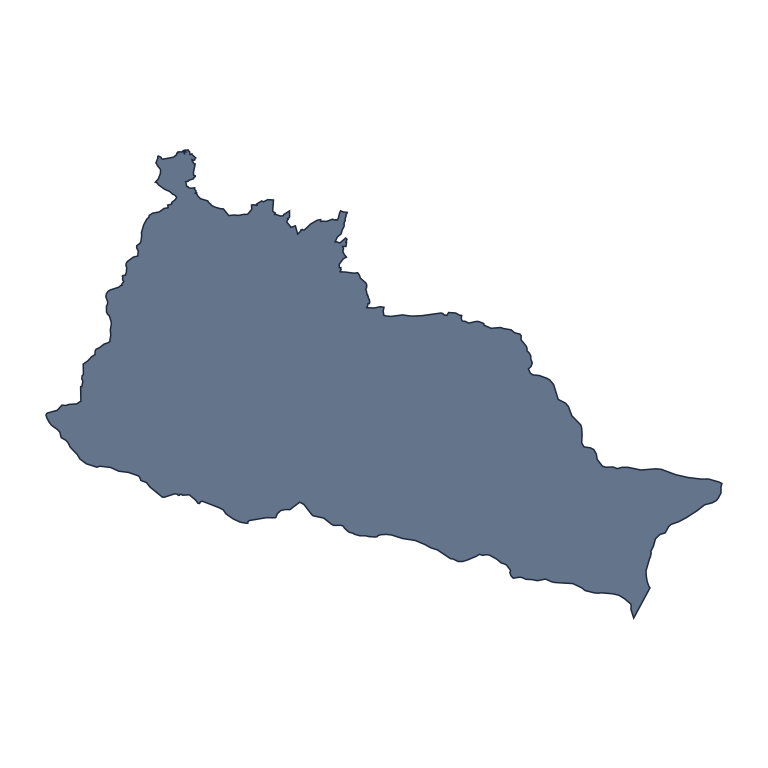 Sacel, Maramures, Romania
{"feature_id": "2599482B54515927208841", "entity_name": "Sacel", "entity_type": "district", "adm_level": 2, "iso_a3": "ROU", "parent_name": "Romania", "parent_adm1": "Maramures", "projection": "equal_earth", "projection_center": [24.452, 47.623], "detail": "fine", "context": "isolated", "style": "filled", "palette": "slate", "viewbox_px": 768, "rotation_deg": 0, "n_neighbors": 0, "source": "geoboundaries", "source_scale": "gbopen_adm2", "svg_char_len": 6093}
<svg xmlns="http://www.w3.org/2000/svg" viewBox="0 0 768 768"><path d="M633.7,618.1L650.0,587.8L648.8,586.2L647.2,581.5L646.3,576.2L646.0,570.9L649.6,558.5L650.3,557.2L651.2,553.0L650.8,551.4L653.3,546.6L655.5,538.8L659.9,534.5L665.2,532.9L668.6,526.7L670.9,524.5L679.0,521.6L686.1,517.8L697.0,510.8L704.6,504.8L712.4,502.8L716.4,500.5L718.3,498.1L721.0,493.0L721.0,487.1L721.9,483.4L718.6,481.9L708.5,479.0L701.4,479.1L688.1,477.5L675.7,474.7L661.3,469.3L655.9,468.8L641.0,470.0L627.9,467.3L622.2,467.3L617.1,468.6L613.2,467.0L605.6,467.2L602.4,466.1L597.2,459.4L596.3,453.9L593.8,449.6L590.6,447.9L583.9,446.8L581.7,442.9L582.1,434.6L581.7,428.1L580.8,425.0L571.8,415.7L568.5,406.7L565.6,403.2L558.2,399.4L553.6,384.5L549.6,379.8L546.7,378.2L539.2,375.5L533.0,374.9L530.3,373.1L528.4,369.0L531.1,366.4L532.3,362.9L530.8,359.0L530.8,356.0L529.3,353.1L526.9,350.6L527.1,348.8L526.4,346.4L521.3,340.1L521.0,339.2L521.2,335.8L519.8,334.0L514.6,332.8L511.1,329.8L503.4,328.5L500.7,327.5L491.1,328.3L484.1,325.2L483.9,323.8L483.4,323.3L478.1,321.4L475.9,321.5L468.7,323.1L465.1,321.3L462.4,321.1L461.8,320.3L461.2,317.6L461.8,315.7L461.1,315.2L459.9,315.4L455.6,313.0L448.7,312.5L446.8,315.4L444.2,314.9L442.8,313.5L441.1,313.0L421.6,315.7L411.3,316.1L402.4,314.9L391.2,316.4L386.0,316.0L383.8,315.2L383.2,311.1L384.0,307.3L380.5,306.7L374.0,308.0L366.7,307.7L367.6,306.0L368.0,303.5L369.4,303.6L369.7,302.1L369.4,299.8L368.1,297.3L368.2,296.3L367.1,294.8L367.4,294.5L367.0,294.2L366.4,290.9L365.7,289.4L366.6,287.6L366.3,286.3L366.8,286.1L366.7,284.8L365.9,283.0L360.4,278.2L359.5,275.3L357.7,272.7L354.2,273.2L345.0,272.0L340.2,271.8L339.7,272.2L341.1,269.7L340.8,269.4L340.9,267.6L339.2,267.6L339.3,264.2L343.2,258.9L346.5,257.1L344.5,254.9L343.2,252.4L342.9,250.9L343.6,248.9L342.5,246.5L345.9,246.5L346.6,242.1L345.8,242.0L347.0,239.3L345.7,238.0L339.8,243.0L336.5,241.7L335.2,242.1L335.2,241.6L337.4,237.0L341.1,233.9L342.2,230.0L344.1,226.4L344.2,222.4L345.2,220.9L345.2,218.5L346.1,216.0L346.0,214.6L347.0,213.5L347.2,212.3L343.4,212.0L340.6,210.8L339.6,212.9L338.3,218.1L337.1,220.2L335.9,219.6L334.9,220.2L332.6,219.2L326.1,221.5L323.1,221.1L321.0,221.6L320.7,219.6L317.2,220.2L310.8,223.9L304.4,229.9L303.0,230.1L302.4,229.4L300.7,230.1L300.4,231.4L297.7,234.1L295.4,225.8L290.7,227.4L290.1,226.0L286.8,222.1L287.5,220.0L288.2,219.4L287.6,218.5L288.7,218.2L289.6,216.8L289.5,210.9L283.7,214.6L283.1,215.8L280.4,216.0L275.6,214.3L274.8,214.5L275.3,213.0L273.0,211.5L272.7,210.7L273.5,200.0L267.8,199.6L263.5,201.8L261.7,200.9L256.5,204.1L257.1,205.3L256.8,205.4L254.1,204.8L251.5,205.0L251.7,209.3L247.6,214.3L243.4,214.4L238.6,215.4L234.3,215.0L228.7,215.5L223.4,208.9L220.5,208.7L214.9,207.1L211.2,205.2L210.8,204.2L208.5,202.5L207.8,200.9L200.5,198.7L198.0,196.2L196.7,193.7L195.5,193.2L196.5,192.7L195.8,192.1L196.0,190.8L194.6,189.4L194.7,187.8L190.8,188.2L188.8,187.8L187.9,186.6L186.8,186.6L185.7,181.7L188.3,181.3L188.6,180.4L193.5,178.8L193.9,177.5L195.3,176.6L195.3,175.8L193.7,175.3L193.4,172.6L195.2,164.0L194.2,163.8L192.3,161.2L192.1,159.6L193.5,160.4L194.7,160.0L195.2,158.1L195.7,157.9L192.0,154.6L191.9,153.9L190.0,154.5L189.6,151.6L188.6,151.0L188.1,149.9L185.3,150.3L184.9,151.4L185.7,151.9L184.5,152.2L184.5,153.6L183.9,153.1L184.8,150.2L183.1,150.7L183.2,151.2L182.1,151.9L178.0,151.9L177.6,153.2L176.9,153.1L176.4,155.1L175.3,155.5L174.4,156.7L172.4,157.4L162.6,159.2L161.6,158.6L160.8,157.1L158.2,156.0L157.8,156.6L157.7,158.4L155.9,163.0L157.0,164.3L157.2,165.4L160.1,168.9L160.6,170.2L160.3,173.8L158.2,179.1L155.3,182.2L157.0,182.9L158.4,184.8L164.6,189.3L169.7,191.5L172.7,194.3L174.6,194.9L176.7,197.3L175.4,199.5L171.7,202.5L171.7,204.1L167.7,205.1L168.2,207.4L167.9,207.8L164.1,208.4L159.3,211.9L152.6,213.2L149.2,215.4L148.8,217.3L146.7,219.2L143.6,225.0L141.4,232.8L141.7,235.7L140.8,241.8L139.9,243.3L136.7,245.7L136.7,248.0L138.2,250.8L137.8,256.0L133.3,257.1L127.5,261.4L126.4,262.9L125.9,265.3L126.7,267.6L126.3,272.7L125.5,274.3L125.6,275.2L123.0,275.5L122.3,276.1L122.9,277.1L122.5,278.7L122.8,280.1L123.7,281.6L122.0,283.8L121.9,285.3L121.0,285.3L118.9,287.1L110.1,290.0L107.9,291.5L106.3,293.9L105.9,297.0L107.6,301.4L107.6,303.8L106.4,306.4L106.5,312.0L107.7,314.5L109.2,315.5L111.2,322.0L111.3,324.3L110.3,329.8L110.8,335.5L109.9,339.7L110.1,341.2L108.0,342.8L104.2,344.0L99.4,347.7L96.2,349.2L95.2,350.6L94.9,354.6L91.5,356.8L87.9,360.8L83.2,364.1L83.4,373.9L83.3,374.7L82.1,375.8L81.8,379.1L82.7,380.6L82.7,382.2L81.8,386.6L80.7,386.6L80.6,387.0L80.9,401.1L76.7,403.9L69.1,404.4L65.5,405.5L62.0,405.1L57.2,410.3L47.4,413.0L46.1,414.3L46.1,415.7L47.1,418.4L49.1,422.2L51.6,425.4L57.4,429.5L59.8,432.1L61.2,437.7L65.8,440.2L67.9,442.5L70.3,447.3L77.4,454.7L79.9,459.0L86.3,463.8L96.9,467.2L99.9,466.2L110.7,467.5L118.7,471.2L128.3,472.4L138.5,475.9L139.8,477.5L140.9,480.5L146.4,482.5L150.2,487.3L162.6,497.3L164.8,497.1L174.5,493.9L176.8,494.0L178.4,495.4L179.5,495.2L180.2,494.2L181.1,494.2L182.4,495.2L189.3,494.8L195.6,500.1L198.0,503.3L199.5,503.5L200.6,501.6L202.6,501.3L219.0,507.7L223.3,509.9L225.8,513.8L233.0,518.8L240.0,522.1L246.4,523.3L247.8,523.2L247.9,521.8L249.1,520.6L266.2,517.7L275.2,517.8L276.0,517.1L277.3,513.8L280.8,510.5L285.6,509.5L289.8,509.7L299.7,502.2L304.0,504.5L311.7,514.6L313.1,515.8L323.7,518.1L331.8,524.5L333.6,525.4L341.0,525.3L343.4,526.2L344.4,528.1L347.8,531.3L349.6,532.4L353.2,533.3L354.0,534.1L359.9,535.8L365.7,535.8L368.8,536.6L374.8,537.0L376.9,536.8L378.2,535.5L380.9,534.7L386.5,534.4L391.5,535.0L402.9,538.6L415.0,540.4L424.8,544.5L430.8,547.8L437.4,549.9L450.5,558.7L453.1,559.0L458.1,561.5L462.5,561.5L466.9,560.2L476.3,556.3L479.5,554.3L482.5,555.3L486.5,554.7L489.4,555.1L496.8,559.2L501.3,563.0L504.4,563.9L506.8,565.3L510.3,570.1L510.5,570.8L509.9,572.5L510.9,575.7L513.2,578.2L519.6,577.2L521.9,577.5L526.0,579.3L532.0,579.6L537.4,580.7L545.5,579.1L551.4,581.7L554.7,582.5L572.9,583.6L581.8,587.9L585.2,590.6L594.4,592.9L598.9,593.2L600.9,592.8L612.7,593.8L618.7,595.2L624.5,598.7L630.6,603.9L631.2,605.7L630.9,609.3L633.7,618.1Z" fill="#64748b" stroke="#1e293b" stroke-width="1.5"/></svg>